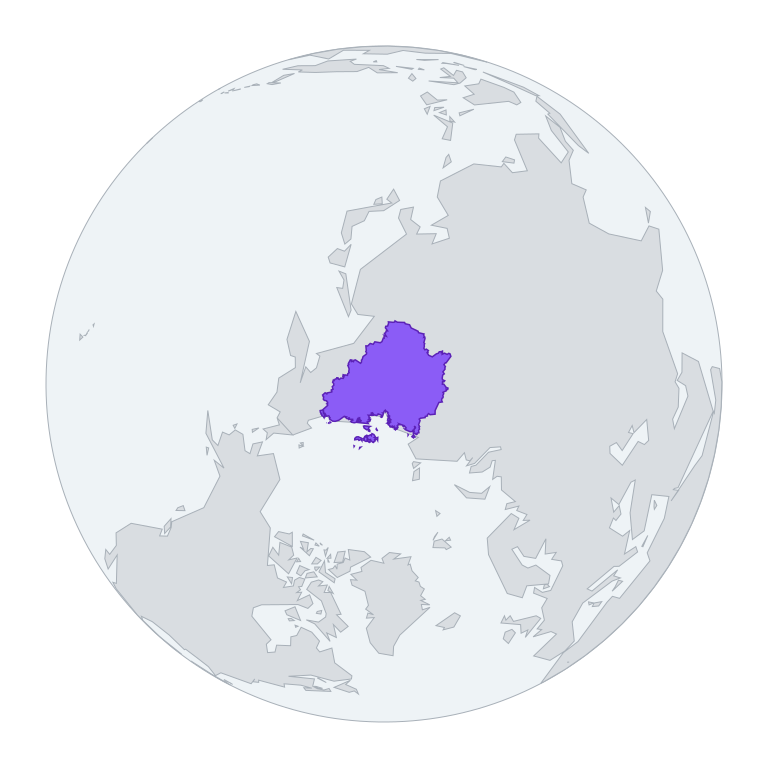 globe centered on Sakha (Yakutia), rotated 181°
{"feature_id": "RUS-2612", "entity_name": "Sakha (Yakutia)", "entity_type": "Autonomous Province", "adm_level": 1, "iso_a3": "RUS", "parent_name": "Russia", "parent_adm1": "", "projection": "orthographic", "projection_center": [131.922, 66.295], "detail": "fine", "context": "on_globe", "style": "filled", "palette": "violet", "viewbox_px": 768, "rotation_deg": 181, "n_neighbors": 0, "source": "natural_earth", "source_scale": "10m", "svg_char_len": 18353}
<svg xmlns="http://www.w3.org/2000/svg" viewBox="0 0 768 768"><g transform="rotate(181 384 384)"><circle cx="384" cy="384" r="338" fill="#eef3f6" stroke="#a8b0b8"/><path d="M625.3,620.6L625.6,620.2L625.5,620.4L625.3,620.6ZM626.4,148.6L648.2,174.6L651.6,181.0L648.1,180.0L647.8,208.4L656.6,194.2L660.1,204.4L659.3,213.7L655.3,208.9L648.8,217.9L649.3,230.5L634.4,240.3L603.2,235.0L605.7,228.2L597.9,228.1L594.3,236.8L593.8,242.6L562.0,257.2L546.4,289.0L552.4,304.8L542.5,297.1L561.2,331.6L559.7,354.5L554.7,325.1L549.0,319.6L544.6,333.1L537.9,330.4L531.9,335.5L524.2,331.2L521.8,314.9L516.8,312.0L514.0,321.8L504.5,324.0L509.4,309.9L493.3,312.5L486.4,286.7L505.6,254.2L495.2,238.1L497.4,200.5L490.6,201.3L487.1,188.2L478.0,184.3L481.0,178.8L471.1,180.5L470.0,186.3L465.3,189.1L459.8,187.5L462.7,180.1L465.9,179.8L463.9,176.8L467.7,173.9L462.7,174.4L466.9,165.9L454.7,171.9L451.2,163.2L456.2,158.3L466.2,162.0L502.5,161.1L510.7,158.0L512.1,149.5L492.5,126.3L497.1,121.8L495.7,113.4L488.3,114.1L486.8,121.0L472.8,120.7L472.7,129.6L466.9,131.0L462.6,139.3L451.9,134.6L444.0,125.8L447.0,118.9L443.6,115.0L431.5,119.1L428.4,104.3L411.0,91.7L411.4,88.5L428.8,86.0L452.0,91.7L474.4,90.1L448.4,87.9L450.0,80.6L445.4,78.2L438.7,77.0L433.6,78.6L431.8,75.7L456.8,76.3L458.9,78.9L450.9,78.6L461.8,81.4L478.7,82.5L478.1,79.2L504.2,85.7L504.1,83.5L509.8,84.0L508.1,86.9L511.6,82.0L542.1,92.4L547.4,89.5L554.6,98.3L564.7,105.9L577.7,115.4L578.9,114.9L594.3,129.2L611.5,142.3L622.5,147.5L621.0,143.5L603.4,127.1L595.9,121.3L581.7,110.4L589.7,115.9L608.7,131.6L626.4,148.6ZM688.7,428.5L685.9,425.6L689.0,422.6L688.7,428.5ZM683.1,427.1L684.3,427.4L683.1,427.8L683.1,427.1ZM681.5,429.6L682.7,427.8L681.6,430.3L681.5,429.6ZM679.7,433.4L680.6,431.2L680.6,431.6L679.7,433.4ZM540.2,84.3L544.1,86.5L557.1,94.2L572.2,103.7L551.2,90.8L532.2,80.3L540.2,84.3ZM676.0,438.1L674.9,439.1L675.5,436.6L676.0,438.1ZM533.9,83.0L538.9,85.8L533.7,83.0L533.9,83.0ZM594.6,245.7L594.9,237.3L600.7,230.7L601.3,237.9L594.6,245.7ZM582.6,258.9L580.8,253.9L589.7,253.9L588.0,256.7L582.6,258.9ZM558.2,317.0L559.7,309.6L560.6,317.8L558.2,317.0ZM532.4,337.0L534.1,340.1L530.3,341.5L532.4,337.0ZM468.7,141.3L465.7,140.3L468.1,139.2L468.7,141.3ZM469.6,145.9L474.5,145.5L475.7,147.7L472.6,147.9L469.6,145.9ZM515.0,336.3L508.3,337.9L514.7,333.4L515.0,336.3ZM463.3,146.1L477.1,151.6L479.0,155.5L469.1,159.7L463.3,146.1ZM504.1,336.9L487.9,341.3L490.3,348.3L474.3,331.4L493.4,333.0L500.9,326.3L499.8,333.2L504.1,336.9ZM472.1,188.9L472.9,182.6L477.3,189.4L472.1,188.9ZM476.1,192.6L496.3,210.1L492.3,218.8L486.3,211.0L485.3,223.8L473.4,219.3L471.3,211.3L476.2,206.5L467.9,208.5L476.1,192.6ZM468.0,321.6L463.7,320.4L467.7,318.5L468.0,321.6ZM463.8,190.7L468.2,193.4L465.1,201.0L455.6,197.1L459.7,195.9L463.8,190.7ZM490.8,229.4L486.8,234.6L476.1,232.4L473.1,234.2L472.8,220.0L490.8,229.4ZM457.6,193.3L450.9,195.0L447.4,190.0L459.3,188.7L457.6,193.3ZM468.3,204.7L466.3,208.2L464.3,205.0L468.3,204.7ZM431.1,173.7L436.5,176.4L435.3,180.6L431.1,173.7ZM448.7,196.0L449.9,197.7L450.1,199.8L445.0,199.9L448.7,196.0ZM465.2,219.5L461.6,217.6L464.8,225.2L456.9,224.0L458.1,214.9L454.3,218.3L451.8,218.0L455.6,211.0L465.2,219.5ZM440.4,206.1L439.2,194.5L429.5,188.4L430.3,184.4L445.8,195.0L440.4,206.1ZM449.0,209.5L443.8,206.5L447.4,203.0L453.1,202.9L449.0,209.5ZM451.1,226.6L462.9,230.7L462.2,232.6L451.1,226.6ZM436.8,205.0L437.2,207.9L435.7,205.0L436.8,205.0ZM445.9,220.7L450.2,221.8L449.3,223.9L445.9,220.7ZM434.4,212.8L434.0,208.9L437.9,208.7L434.4,212.8ZM439.1,216.9L436.9,219.6L439.5,210.9L441.1,217.1L439.1,216.9ZM444.4,222.5L445.3,224.1L442.7,221.7L444.4,222.5ZM419.9,216.1L422.3,205.2L430.8,204.6L427.3,215.2L419.9,216.1ZM219.1,89.0L222.0,87.5L200.0,118.5L185.6,129.8L157.2,169.7L151.9,175.7L144.7,173.8L115.0,211.8L117.9,219.8L101.4,254.5L97.2,276.5L114.3,278.0L121.3,241.7L132.9,232.8L135.7,259.5L131.1,292.4L135.4,290.1L147.1,267.6L155.0,274.0L152.1,259.9L146.7,266.5L144.8,258.1L149.7,251.6L152.3,254.0L156.1,244.1L142.8,236.0L135.8,241.8L140.6,218.2L129.4,225.8L127.5,220.5L145.8,205.8L150.8,205.7L177.3,182.7L172.4,180.6L147.1,202.3L151.0,196.2L144.3,194.2L152.5,190.9L181.5,168.4L191.7,149.5L189.3,130.3L198.5,120.2L213.2,110.6L229.6,114.7L207.2,137.0L212.7,139.4L230.5,133.8L222.1,141.2L226.6,141.8L219.5,150.7L222.4,163.0L217.1,172.4L230.8,177.5L229.9,183.2L222.0,178.4L213.7,180.5L202.1,205.3L203.5,210.2L213.3,211.6L208.9,218.6L219.9,216.8L219.4,232.1L229.3,212.3L241.1,214.1L247.7,223.7L253.3,221.0L242.7,205.4L236.9,202.5L229.0,205.6L214.7,195.5L216.0,187.0L237.7,184.7L242.0,172.7L257.1,176.7L276.5,215.2L278.1,231.7L254.5,256.7L246.8,252.1L251.5,240.6L235.6,250.4L242.4,250.0L238.8,256.0L249.1,259.8L247.0,264.3L260.6,260.6L259.1,266.5L250.6,268.7L264.7,280.1L265.1,293.2L269.3,293.7L273.7,290.5L271.3,309.6L274.5,309.2L276.5,302.7L284.3,297.7L297.0,296.5L295.4,303.1L290.6,304.4L278.3,317.6L265.7,320.5L266.4,323.2L276.9,322.3L292.0,306.2L300.1,303.6L294.0,312.0L296.8,308.7L300.4,309.5L302.4,316.7L309.6,308.0L350.7,309.7L358.8,324.3L348.7,331.2L375.8,340.9L382.8,357.5L384.6,351.4L398.8,352.5L396.8,347.2L398.8,344.4L434.4,346.0L441.6,351.8L459.0,346.4L460.0,343.4L455.7,338.7L474.3,331.4L490.3,348.3L487.3,354.3L499.4,361.2L490.9,374.0L489.3,388.1L472.9,398.8L473.2,409.4L477.9,410.9L481.8,426.9L473.4,455.0L459.3,425.3L467.8,383.7L462.5,399.8L457.5,394.2L451.8,399.0L448.6,410.8L452.1,413.3L415.0,424.1L394.9,451.5L411.4,453.1L418.0,463.5L409.6,498.2L364.1,534.3L372.4,550.2L370.3,558.8L357.6,561.4L360.2,548.9L350.6,541.7L354.0,534.5L334.4,535.2L338.4,524.9L321.2,530.9L323.6,540.7L339.4,543.6L322.7,553.7L334.0,571.9L331.1,588.0L298.0,605.6L270.5,603.1L268.0,606.7L259.3,597.5L244.4,599.7L257.8,630.3L256.2,636.0L233.5,636.8L233.7,632.5L210.7,608.2L203.8,619.2L221.1,640.4L227.0,654.8L212.5,643.7L206.9,629.9L198.8,621.0L202.9,610.9L199.7,587.6L185.2,581.6L188.2,574.4L181.6,548.4L161.9,538.0L129.3,531.6L121.8,546.7L111.9,543.6L107.4,502.5L113.4,481.7L106.7,473.7L106.2,441.3L90.6,399.4L93.0,391.3L89.0,384.8L89.4,366.1L94.8,353.9L92.9,344.4L79.9,377.2L82.4,387.6L90.9,392.7L86.3,400.9L86.5,420.3L70.0,412.0L54.4,362.5L60.5,348.6L88.2,285.5L91.6,284.7L92.1,284.3L92.9,283.4L87.6,282.8L94.9,272.1L71.9,307.8L64.7,317.9L54.0,362.2L53.2,360.6L52.0,373.7L57.7,404.0L56.1,407.1L48.7,405.3L46.2,392.0L46.5,367.6L48.5,343.3L52.4,319.1L57.9,295.3L65.2,272.0L74.1,249.2L84.7,227.2L96.8,206.0L110.4,185.7L125.4,166.4L141.8,148.3L159.5,131.4L178.3,115.9L198.2,101.7L219.1,89.0ZM196.1,109.0L194.0,109.2L196.1,109.0ZM118.4,332.2L120.7,353.1L133.2,339.7L135.1,346.8L138.7,339.8L134.1,338.7L144.7,321.6L150.6,329.5L157.2,325.7L156.8,318.5L144.3,306.9L128.9,331.0L122.6,328.0L118.4,332.2ZM539.2,84.6L535.4,82.6L537.3,83.3L539.2,84.6ZM530.1,81.0L531.8,81.8L533.2,82.9L530.1,81.0ZM448.5,80.6L446.4,80.4L440.1,78.6L444.0,78.4L448.5,80.6ZM406.3,78.3L404.2,73.6L408.4,76.6L413.4,75.1L428.6,79.8L412.4,87.2L417.1,82.9L406.3,78.3ZM444.3,88.7L436.5,84.5L445.6,88.9L444.3,88.7ZM258.5,138.0L251.8,140.9L248.3,137.5L255.1,126.7L260.3,131.3L258.5,138.0ZM243.2,145.8L262.9,147.1L259.5,154.3L258.0,150.0L253.8,154.5L250.4,148.9L227.8,154.9L223.2,152.4L238.3,133.1L235.9,140.6L242.6,137.2L243.2,145.8ZM319.3,141.6L327.8,143.3L309.4,156.5L303.6,153.5L309.9,142.2L320.6,139.2L319.3,141.6ZM443.1,152.9L447.6,153.5L446.8,155.4L442.3,156.5L443.1,152.9ZM433.7,174.6L422.9,153.0L427.4,152.4L415.6,141.0L423.0,135.1L430.4,142.6L427.2,129.7L436.9,134.1L433.4,125.7L449.1,143.0L457.6,146.8L445.3,144.8L438.3,150.0L437.8,153.4L442.8,166.1L457.7,177.3L453.2,184.6L446.0,186.9L441.7,185.3L446.0,180.9L437.2,182.0L440.2,174.5L433.7,174.6ZM364.4,214.4L371.2,209.1L354.0,211.8L356.9,203.5L354.7,204.4L352.7,197.7L346.4,191.1L349.3,187.7L345.6,186.6L344.1,182.3L340.1,179.8L343.7,173.0L339.0,169.4L343.5,168.3L334.4,164.0L342.8,164.2L341.7,158.9L334.1,161.5L363.8,133.2L369.8,121.9L370.2,112.5L384.5,114.7L393.3,125.1L397.4,139.5L389.7,150.3L397.5,149.6L396.1,154.7L390.5,153.1L398.4,158.6L395.7,162.4L399.4,176.4L412.4,182.3L414.1,187.8L407.7,187.4L413.8,193.1L402.8,196.2L403.8,200.2L393.9,207.5L381.0,204.8L383.0,209.6L375.6,215.6L364.4,214.4ZM416.8,217.9L400.7,216.0L394.3,210.7L414.2,200.3L414.8,196.2L427.4,189.7L436.3,197.6L431.9,198.7L429.7,201.6L427.8,198.0L427.7,203.1L421.6,204.8L419.9,209.3L415.1,207.4L416.8,217.9ZM152.3,180.8L149.4,185.2L146.2,191.9L142.0,190.9L152.3,180.8ZM171.8,165.1L170.1,168.7L162.5,170.2L165.5,165.8L171.8,165.1ZM175.7,169.7L170.6,168.8L175.1,166.7L175.7,169.7ZM221.1,182.0L220.1,186.1L217.4,186.6L215.0,184.3L221.1,182.0ZM314.0,222.1L318.9,219.5L320.2,221.2L332.2,221.3L331.1,227.7L323.3,230.0L314.0,222.1ZM111.7,272.6L109.1,267.3L111.5,263.4L111.9,266.0L111.7,272.6ZM123.4,226.2L117.6,237.2L122.3,225.8L123.4,226.2ZM314.7,229.0L319.8,228.3L316.1,231.9L314.7,229.0ZM330.8,232.3L327.5,236.8L332.3,228.5L330.8,232.3ZM309.3,703.9L319.7,706.5L319.4,706.8L309.3,703.9ZM298.4,699.8L310.0,702.8L296.6,700.2L298.4,699.8ZM314.6,703.9L326.5,705.5L331.6,705.7L330.8,706.4L314.6,703.9ZM290.6,697.7L249.7,683.2L234.0,675.0L237.3,674.9L262.8,686.0L290.6,697.7ZM236.1,674.3L212.6,656.9L183.3,618.2L193.7,625.7L224.9,656.7L222.9,657.6L237.1,669.4L236.1,674.3ZM294.5,685.8L292.4,690.5L269.4,682.7L259.2,678.1L252.1,667.9L256.1,665.4L264.3,668.8L298.4,664.6L309.8,671.6L298.9,675.3L308.4,683.4L294.5,685.8ZM122.4,549.5L125.7,565.1L120.7,561.1L122.4,549.5ZM313.6,656.4L298.9,660.3L312.8,653.5L313.6,656.4ZM322.7,648.1L322.9,652.5L317.9,647.1L322.7,648.1ZM266.2,613.1L257.4,610.4L257.9,607.1L269.6,608.4L266.2,613.1ZM328.7,601.1L325.9,611.6L323.3,614.7L320.6,607.3L328.7,601.1ZM311.9,284.6L296.4,277.1L284.5,276.4L276.5,283.3L281.1,270.6L299.5,271.6L311.9,284.6ZM346.0,305.8L352.9,300.1L354.4,304.9L353.1,306.9L346.0,305.8ZM347.0,300.7L347.0,289.4L353.8,287.8L352.5,297.0L347.0,300.7ZM330.2,258.3L325.7,255.5L328.8,252.6L330.2,258.3ZM286.8,707.6L286.5,707.6L322.9,715.7L348.4,715.5L370.9,717.8L386.5,713.8L410.4,713.8L404.4,717.4L430.4,717.0L445.0,708.0L463.8,711.5L484.7,706.6L485.0,706.5L460.7,713.1L436.0,717.9L411.1,720.8L386.0,721.9L360.8,721.1L335.8,718.5L311.1,714.0L286.8,707.6ZM553.4,676.4L552.7,676.8L554.9,675.5L553.4,676.4ZM621.6,624.3L619.5,626.3L625.6,620.2L625.3,620.6L621.6,624.3ZM571.8,664.1L574.1,662.8L572.5,663.9L571.8,664.1ZM570.0,665.1L572.1,663.3L572.2,663.8L570.0,665.1ZM548.8,673.3L551.1,671.7L552.3,671.4L548.8,673.3ZM335.1,709.3L349.2,708.3L357.3,709.0L335.1,709.3ZM545.0,674.1L539.0,676.8L539.5,676.0L545.0,674.1ZM545.2,672.7L544.4,672.3L548.5,672.2L545.2,672.7ZM533.2,676.1L540.9,674.3L532.4,676.6L533.2,676.1ZM528.9,678.1L523.5,679.4L523.8,679.0L528.9,678.1ZM471.1,696.6L490.9,696.9L475.6,700.7L458.3,701.1L445.9,706.0L417.2,708.4L423.4,706.1L419.2,703.1L390.2,702.3L384.4,699.7L394.5,698.3L375.7,695.5L396.2,695.0L404.8,700.3L416.5,695.9L437.3,695.4L457.9,694.3L475.1,694.5L471.1,696.6ZM396.8,705.9L400.4,705.9L397.4,707.2L396.8,705.9ZM513.3,680.7L521.1,680.1L520.2,680.9L516.5,681.9L513.3,680.7ZM478.9,692.9L497.1,684.6L501.5,683.4L489.6,690.9L478.9,692.9ZM492.4,683.2L501.1,681.4L505.9,682.2L504.2,683.3L492.4,683.2ZM355.1,699.2L354.3,700.5L349.1,698.8L355.1,699.2ZM361.7,699.1L377.6,701.8L360.3,700.1L361.7,699.1ZM315.3,686.4L319.6,691.0L333.6,691.4L323.0,692.7L332.8,699.9L329.7,701.2L319.9,693.7L317.0,698.9L310.9,697.4L307.2,691.6L313.2,686.2L319.3,684.5L344.7,687.8L315.3,686.4ZM361.5,694.8L357.4,690.0L360.5,687.3L364.9,690.2L361.5,694.8ZM345.8,676.7L335.6,668.8L325.8,669.3L346.2,663.9L352.5,672.6L345.8,676.7ZM338.1,661.3L328.8,661.8L338.8,658.2L338.1,661.3ZM326.8,659.1L326.4,654.1L333.3,656.3L326.8,659.1ZM342.8,662.3L345.5,654.5L348.5,659.9L342.8,662.3ZM325.0,642.3L339.0,653.7L319.8,646.1L321.7,628.7L330.1,630.2L325.0,642.3ZM389.4,570.9L388.9,564.2L397.3,563.5L395.3,568.3L389.4,570.9ZM424.0,556.2L399.3,561.2L379.4,565.1L384.4,568.8L377.8,579.0L371.6,567.8L387.3,557.3L402.0,556.3L406.5,546.9L418.7,541.0L419.6,528.4L425.6,523.2L429.3,534.4L424.0,556.2ZM419.3,523.1L425.3,500.4L440.0,504.1L442.0,509.9L433.0,518.6L425.8,516.1L419.3,523.1ZM431.0,496.1L424.1,493.5L418.2,457.3L420.7,450.7L432.9,479.6L427.0,478.9L425.8,487.3L431.0,496.1ZM463.8,324.1L463.7,320.7L466.6,323.6L463.8,324.1ZM397.4,341.5L400.5,338.2L403.8,341.5L397.4,341.5ZM411.1,330.8L405.2,329.4L412.0,328.1L411.1,330.8ZM392.0,327.0L403.2,327.6L391.6,331.0L392.0,327.0Z" fill="#d9dde1" stroke="#a8b0b8" stroke-width="1"/><path d="M350.9,334.0L352.3,335.4L353.3,335.2L353.5,334.0L353.8,334.7L353.8,336.5L353.0,337.2L353.4,338.0L353.0,339.3L351.8,340.7L351.8,341.3L352.0,341.7L353.1,342.4L351.9,340.7L352.8,340.1L353.3,338.5L354.3,338.2L353.6,337.1L357.1,336.8L361.8,338.7L362.5,339.4L361.6,339.3L361.2,340.7L363.1,342.7L368.1,344.4L367.4,343.6L369.2,343.6L369.5,342.5L370.0,342.4L369.4,341.1L369.8,341.0L369.6,340.3L370.2,339.4L370.9,340.0L370.8,339.2L372.8,339.8L372.8,340.7L373.5,340.9L373.3,341.6L374.6,340.9L374.7,341.4L374.3,341.9L374.7,341.7L374.9,342.8L375.0,341.9L375.6,341.7L375.5,341.1L377.4,341.6L377.3,342.3L379.0,343.4L378.6,344.0L379.8,344.6L377.7,344.9L377.4,345.6L379.5,346.2L379.2,346.5L378.0,346.0L376.9,346.3L378.1,347.4L379.3,347.6L379.8,349.0L378.6,349.9L376.4,347.6L376.7,348.2L376.5,348.3L377.4,349.0L378.5,351.8L379.0,351.4L378.8,350.2L379.6,352.0L378.2,352.3L379.0,352.9L379.9,355.3L379.6,355.7L381.5,357.0L381.8,356.4L382.3,357.8L383.3,356.9L383.9,355.1L384.5,355.0L384.0,354.7L385.5,350.7L386.1,350.6L386.6,351.0L385.5,351.5L386.3,352.9L389.3,354.0L389.2,354.4L389.2,354.6L389.4,354.0L389.2,353.7L389.4,353.3L390.9,352.4L393.1,352.9L394.9,354.1L394.6,354.5L395.2,355.1L395.7,354.9L395.0,354.4L396.1,353.8L395.1,353.5L395.5,352.3L399.2,352.5L398.4,351.4L398.4,350.3L397.5,349.9L398.9,348.2L396.9,348.3L397.5,346.7L400.1,345.8L399.0,344.1L410.4,345.2L407.0,345.4L406.5,346.8L405.7,346.7L406.4,347.1L407.4,346.4L410.6,345.4L409.5,348.4L409.3,347.4L409.8,346.7L409.2,347.1L408.9,346.3L408.4,346.3L409.2,348.0L407.6,348.1L408.2,348.7L407.7,349.3L407.8,349.8L409.8,348.7L411.0,345.2L413.1,344.7L415.7,345.2L416.7,346.2L414.7,347.3L415.1,347.5L414.9,348.1L418.5,348.2L417.9,350.1L418.6,348.8L418.7,349.4L420.2,348.6L422.0,350.0L421.2,350.5L423.2,351.0L428.5,347.0L432.2,345.8L434.9,346.0L437.8,348.0L437.5,349.3L438.0,349.3L438.1,350.5L438.6,351.2L441.0,350.8L442.5,353.6L443.7,353.8L444.1,356.1L443.7,356.7L444.3,356.3L444.1,353.9L442.6,351.7L443.3,349.2L444.2,350.6L445.6,351.4L445.7,352.6L446.6,353.0L446.3,353.6L447.1,354.5L447.4,356.3L445.2,356.8L440.0,361.6L440.1,362.8L440.9,363.2L440.0,363.9L440.1,364.9L440.8,365.3L441.1,366.2L443.4,366.6L444.4,367.7L444.1,370.1L444.7,370.5L444.7,371.2L445.2,371.9L442.7,374.2L441.0,373.1L440.7,374.1L436.1,375.1L436.0,376.0L436.6,376.5L436.6,377.2L434.9,377.9L435.7,380.5L434.2,381.8L434.3,383.6L435.4,384.8L434.7,387.1L434.0,386.5L432.9,388.1L431.0,388.5L431.2,389.4L430.1,389.4L429.4,388.0L428.6,387.8L427.4,389.1L424.9,388.9L424.4,389.8L425.3,390.7L425.0,392.6L424.0,392.3L423.8,391.5L423.1,392.4L420.7,392.0L420.4,393.7L419.1,394.7L419.5,395.6L419.1,398.5L420.5,402.1L419.6,402.7L420.0,403.9L418.1,407.5L417.3,407.5L417.0,406.2L416.4,407.0L416.1,406.2L414.9,405.8L414.5,407.2L413.0,407.6L407.8,404.3L406.9,405.5L407.0,407.5L406.3,408.0L405.4,411.1L402.1,413.6L401.9,414.9L402.8,416.1L402.3,417.2L402.8,421.8L400.9,421.8L398.5,424.3L395.5,423.5L393.9,426.0L388.5,425.2L386.8,426.3L385.5,429.9L384.6,429.9L384.8,431.3L384.3,432.1L384.6,432.5L382.6,431.8L384.4,434.7L383.3,435.3L382.7,437.1L381.4,437.2L383.6,440.2L383.3,441.7L381.4,442.0L380.5,444.9L380.7,446.2L375.9,445.8L374.4,446.2L374.1,447.3L371.7,446.0L364.5,445.9L363.8,444.6L359.5,443.7L357.8,440.5L350.8,437.3L350.4,435.9L344.9,434.7L345.2,433.8L344.6,432.1L345.0,431.3L344.0,431.5L343.8,430.2L344.9,426.0L344.0,425.0L344.5,423.9L344.3,422.3L344.8,420.4L343.7,418.9L342.3,419.6L340.2,418.2L340.9,417.1L340.6,416.3L341.4,416.0L339.8,413.5L336.2,412.0L332.1,415.1L330.2,415.7L329.3,417.2L326.4,417.5L325.9,418.6L326.2,417.1L327.0,416.2L326.0,416.0L326.3,414.8L324.0,415.9L321.4,414.7L319.8,415.8L318.5,415.3L317.6,412.8L322.3,406.2L323.0,406.3L324.4,404.4L322.9,402.4L323.5,401.3L323.2,400.0L325.3,397.2L323.9,395.2L325.5,393.9L325.9,390.7L325.5,389.3L323.3,388.3L324.2,387.2L325.5,387.4L325.6,384.8L324.2,384.9L321.9,381.8L319.9,381.0L320.1,380.0L320.5,380.2L321.2,379.0L321.7,379.5L321.6,378.3L324.9,376.7L324.1,375.3L325.0,373.5L324.6,372.1L325.0,371.1L325.7,370.8L326.2,368.9L325.4,367.1L328.8,366.5L332.4,358.4L332.4,354.7L337.4,354.1L338.9,355.2L340.0,354.0L340.0,352.8L342.2,352.3L342.3,351.1L347.0,350.4L348.2,349.5L347.3,348.0L348.7,343.9L347.6,342.0L348.2,341.5L347.7,339.5L348.7,338.2L348.2,335.9L350.0,335.4L350.1,334.3L350.9,334.0ZM403.6,327.6L402.8,328.4L402.9,329.0L403.4,329.2L402.3,330.9L400.5,330.6L399.7,329.3L400.0,327.3L399.1,327.4L398.7,328.0L399.8,330.3L401.9,331.5L400.3,332.5L399.1,331.7L396.5,333.0L395.8,332.2L395.2,334.2L393.2,333.3L391.4,330.5L392.2,330.3L391.7,330.1L391.9,329.0L391.5,328.3L392.4,328.1L391.9,327.0L393.2,326.2L393.3,325.5L394.0,325.1L393.8,325.2L396.4,327.4L396.5,328.3L397.3,328.1L396.9,327.6L396.9,325.8L397.8,325.9L397.2,325.0L399.2,326.5L401.2,326.3L403.6,327.6ZM408.8,328.3L412.3,327.7L412.2,329.2L410.4,330.6L408.8,330.8L405.0,329.1L405.1,326.9L405.9,328.1L408.1,327.2L408.8,328.3ZM403.1,339.6L403.7,341.4L403.1,341.8L397.2,341.3L398.3,340.7L399.0,338.3L400.5,337.9L403.1,339.6ZM355.2,331.8L353.6,333.5L352.1,331.6L352.9,331.5L353.5,330.6L355.2,331.8ZM398.7,336.7L398.8,337.6L398.0,338.2L397.3,337.4L397.4,336.3L398.7,336.7ZM390.2,329.1L390.0,330.2L389.3,330.5L389.4,327.6L390.2,329.1ZM377.7,345.5L378.9,344.8L379.6,345.6L379.3,345.8L377.7,345.5ZM442.8,352.5L444.0,353.9L443.9,354.3L443.7,353.6L442.9,353.5L441.8,351.6L442.1,350.9L442.8,352.5ZM391.1,338.7L390.9,339.2L389.5,337.0L390.6,337.9L391.1,338.7ZM395.2,352.5L394.8,353.3L393.5,352.9L393.9,352.5L395.2,352.5ZM407.3,319.3L407.2,320.2L406.2,320.4L407.3,319.3ZM378.3,346.3L378.8,346.8L377.3,346.5L378.3,346.3ZM364.2,342.1L363.2,342.3L363.1,341.7L363.8,341.6L364.2,342.1ZM442.0,350.3L442.8,351.1L442.4,351.6L442.0,350.3ZM437.2,344.3L437.2,345.0L436.7,344.5L437.2,344.3ZM412.8,321.0L412.9,321.7L412.5,321.5L412.8,321.0ZM371.7,338.3L372.1,338.6L371.5,338.6L371.7,338.3ZM442.3,350.1L442.9,350.4L442.4,350.2L442.3,350.1ZM376.4,341.2L376.9,341.1L377.5,341.5L377.1,341.4L376.4,341.2ZM359.0,333.3L359.0,333.8L358.8,333.6L359.0,333.3ZM438.8,344.0L439.3,344.3L438.8,344.2L438.8,344.0ZM440.7,344.2L440.9,344.1L440.5,344.3L440.7,344.2Z" fill="#8b5cf6" stroke="#5b21b6" stroke-width="1.5"/></g></svg>